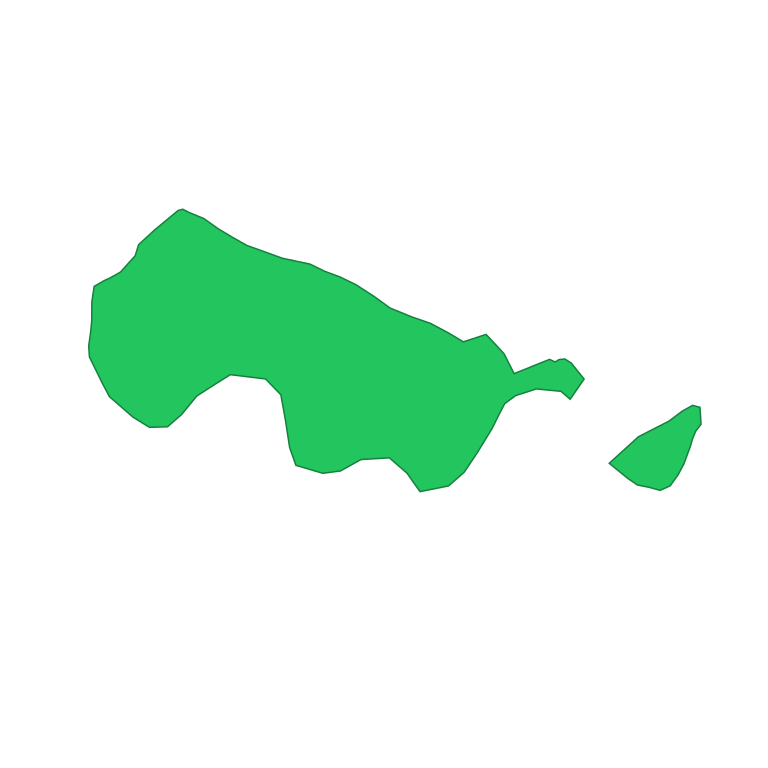 the district of Patani, Delta, Nigeria, rotated 41°
{"feature_id": "59680162B21067903036313", "entity_name": "Patani", "entity_type": "district", "adm_level": 2, "iso_a3": "NGA", "parent_name": "Nigeria", "parent_adm1": "Delta", "projection": "natural_earth1", "projection_center": [6.134, 5.186], "detail": "fine", "context": "isolated", "style": "filled", "palette": "green", "viewbox_px": 768, "rotation_deg": 41, "n_neighbors": 0, "source": "geoboundaries", "source_scale": "gbopen_adm2", "svg_char_len": 1539}
<svg xmlns="http://www.w3.org/2000/svg" viewBox="0 0 768 768"><g transform="rotate(41 384 384)"><path d="M101.2,500.5L106.7,509.1L109.7,513.8L114.8,519.7L121.6,527.6L128.2,536.8L136.2,549.1L144.0,556.9L160.4,563.8L171.1,568.3L182.5,572.7L185.1,573.7L216.4,573.7L228.1,571.8L235.4,570.6L248.7,558.3L251.0,541.8L251.3,539.9L250.6,515.9L256.8,494.6L261.9,477.8L291.3,457.9L313.2,459.8L333.4,476.0L354.5,493.9L368.8,502.0L370.9,503.2L396.3,491.6L400.7,486.7L408.2,478.2L416.2,456.1L425.5,447.0L436.5,436.2L459.9,436.2L469.4,438.6L481.8,441.6L499.6,418.6L502.4,398.1L501.5,390.5L499.5,374.7L499.4,374.1L498.1,366.2L494.8,346.7L490.8,331.4L488.0,319.7L491.0,306.3L495.0,299.8L502.1,287.9L502.5,287.6L522.4,273.4L534.5,273.4L533.9,267.9L531.8,249.0L529.8,248.6L521.7,247.2L511.6,245.3L504.0,246.5L500.1,250.7L498.7,255.1L492.8,256.8L486.0,270.0L475.4,290.8L464.6,286.4L454.7,282.4L444.0,281.2L428.5,279.6L416.2,300.1L399.0,303.2L383.4,306.8L379.3,307.7L360.8,315.2L338.7,322.7L320.2,324.3L298.0,327.4L280.8,332.0L264.8,338.0L251.5,341.5L249.4,342.1L224.9,355.7L189.6,369.4L172.9,372.8L157.2,375.6L139.6,377.3L124.4,382.4L117.5,384.1L114.8,388.0L109.8,418.1L107.4,439.8L112.1,450.5L111.9,457.7L111.8,465.0L111.7,472.3L107.6,483.8L105.0,489.5L101.2,500.5ZM649.7,206.4L643.7,200.3L637.8,194.3L630.9,197.7L626.9,208.8L623.4,225.1L610.6,256.9L606.0,296.1L629.8,295.3L641.4,294.0L651.8,288.1L662.2,283.1L666.8,273.1L665.5,259.3L662.7,247.4L656.2,230.2L652.8,222.9L650.2,215.0L649.7,206.4Z" fill="#22c55e" stroke="#15803d" stroke-width="1.5"/></g></svg>